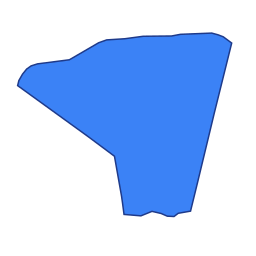 Montanhas, Rio Grande do Norte, Brazil (Mercator projection), rotated 177°
{"feature_id": "56859067B36575114506643", "entity_name": "Montanhas", "entity_type": "district", "adm_level": 2, "iso_a3": "BRA", "parent_name": "Brazil", "parent_adm1": "Rio Grande do Norte", "projection": "mercator", "projection_center": [-35.285, -6.496], "detail": "fine", "context": "isolated", "style": "filled", "palette": "blue", "viewbox_px": 256, "rotation_deg": 177, "n_neighbors": 0, "source": "geoboundaries", "source_scale": "gbopen_adm2", "svg_char_len": 553}
<svg xmlns="http://www.w3.org/2000/svg" viewBox="0 0 256 256"><g transform="rotate(177 128 128)"><path d="M236.0,176.1L168.4,121.6L143.0,100.5L138.0,60.1L137.4,53.4L136.5,41.9L119.7,39.6L108.4,43.5L99.4,40.9L93.4,37.9L86.7,37.2L82.3,40.2L69.9,41.7L61.5,69.6L44.4,127.1L41.2,137.9L20.0,207.4L28.1,214.1L33.3,216.4L39.4,218.4L70.7,218.8L79.7,217.6L91.3,218.1L108.1,218.8L126.7,217.3L144.7,217.1L152.8,214.7L183.0,199.2L215.0,196.8L221.5,195.1L226.1,192.2L230.5,187.3L234.5,181.1L236.0,176.1Z" fill="#3b82f6" stroke="#1e3a8a" stroke-width="1.5"/></g></svg>